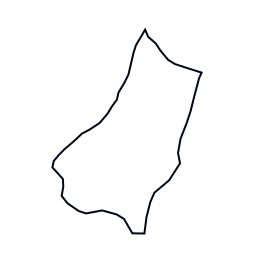 outline of Psyllatos, Cyprus, rotated 18°
{"feature_id": "46923920B47767845876682", "entity_name": "Psyllatos", "entity_type": "district", "adm_level": 2, "iso_a3": "CYP", "parent_name": "Cyprus", "parent_adm1": "", "projection": "mercator", "projection_center": [33.687, 35.249], "detail": "fine", "context": "isolated", "style": "outline", "palette": "ink", "viewbox_px": 256, "rotation_deg": 18, "n_neighbors": 0, "source": "geoboundaries", "source_scale": "gbopen_adm2", "svg_char_len": 734}
<svg xmlns="http://www.w3.org/2000/svg" viewBox="0 0 256 256"><g transform="rotate(18 128 128)"><path d="M180.9,52.6L167.9,52.7L153.0,52.7L145.1,50.8L134.7,44.2L128.2,39.0L119.1,35.1L113.9,29.2L110.0,46.9L110.0,54.7L111.3,69.8L111.9,77.0L110.6,86.1L108.0,97.2L108.7,104.4L106.1,112.3L104.1,120.8L99.5,131.9L91.7,141.7L85.9,147.6L81.3,156.1L74.1,167.9L70.2,175.8L67.6,182.3L68.3,188.9L74.1,192.1L81.9,196.7L84.6,203.9L85.9,213.1L93.7,218.3L106.7,222.2L114.5,222.2L128.9,214.4L143.8,213.7L152.3,215.7L159.5,222.2L164.7,226.8L176.2,223.3L173.1,206.9L172.1,191.6L173.1,181.3L183.3,165.0L188.4,145.5L183.3,136.3L181.3,122.0L182.3,104.6L182.3,92.4L181.3,78.1L180.2,58.6L180.9,52.6Z" fill="none" stroke="#020617" stroke-width="2"/></g></svg>